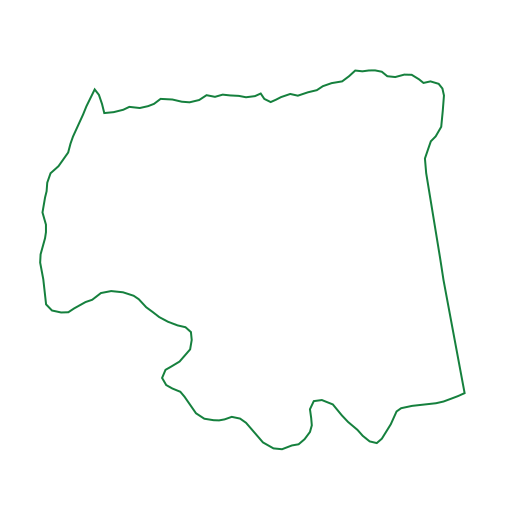 the district of Francisco Alves, Paraná, Brazil, rotated 3°
{"feature_id": "56859067B90869066064775", "entity_name": "Francisco Alves", "entity_type": "district", "adm_level": 2, "iso_a3": "BRA", "parent_name": "Brazil", "parent_adm1": "Paraná", "projection": "albers", "projection_center": [-53.884, -24.099], "detail": "fine", "context": "isolated", "style": "outline", "palette": "green", "viewbox_px": 512, "rotation_deg": 3, "n_neighbors": 0, "source": "geoboundaries", "source_scale": "gbopen_adm2", "svg_char_len": 1829}
<svg xmlns="http://www.w3.org/2000/svg" viewBox="0 0 512 512"><g transform="rotate(3 256 256)"><path d="M471.5,382.0L444.5,270.2L441.8,257.2L439.8,247.7L421.6,164.3L419.6,149.8L422.8,138.5L424.6,132.3L429.2,127.1L434.2,117.3L434.9,101.5L435.3,85.9L433.4,79.0L429.4,74.5L421.1,72.5L414.2,74.4L409.5,71.0L402.0,66.9L394.6,67.1L385.7,70.0L377.7,69.6L372.0,65.4L365.1,64.4L359.1,64.8L352.6,66.0L345.4,65.6L339.5,71.6L332.9,77.1L322.5,79.4L313.9,82.9L308.1,87.2L299.3,89.8L289.4,93.7L281.7,92.4L272.7,96.0L267.7,98.9L262.6,101.5L256.1,98.7L252.2,93.5L246.6,96.4L237.7,98.0L230.5,97.0L221.8,97.0L214.3,96.6L206.7,99.2L198.2,98.0L191.1,103.2L181.6,106.0L173.8,105.8L164.3,104.1L152.5,104.1L146.2,109.4L140.4,112.0L132.2,114.3L121.7,113.7L115.8,116.9L106.3,119.8L97.0,121.2L94.3,112.3L90.7,103.3L86.2,98.1L78.8,115.4L75.9,123.8L67.0,146.3L64.9,153.4L63.0,162.5L54.1,176.6L46.5,184.1L43.7,193.7L43.5,202.3L42.3,208.5L40.5,223.7L44.6,235.7L45.0,243.2L44.4,249.3L40.8,265.6L40.8,273.9L44.8,290.4L48.9,315.3L55.1,321.1L64.3,322.6L71.5,322.0L77.2,317.8L88.2,310.9L94.7,308.3L103.1,301.1L113.2,298.6L125.1,299.2L135.9,302.1L141.2,305.3L149.0,312.9L156.0,317.5L162.6,322.1L171.6,326.3L181.3,329.4L189.3,330.8L195.0,335.4L196.2,343.2L195.1,352.7L185.2,365.4L176.9,371.0L171.6,374.4L168.6,382.7L173.1,389.6L179.4,392.7L187.6,395.6L192.0,400.3L204.3,416.2L212.9,421.2L222.2,422.2L227.7,422.1L233.2,420.8L240.2,417.9L248.6,419.2L254.8,423.1L272.7,441.8L283.5,447.2L292.1,447.6L301.8,443.3L308.4,441.8L314.1,436.4L319.1,428.9L320.6,422.2L319.6,415.0L317.9,406.2L321.3,397.9L329.3,396.4L340.5,400.2L350.1,410.7L356.6,416.9L366.5,424.4L372.0,430.0L379.2,435.2L386.4,436.5L391.2,431.9L399.4,417.0L404.5,403.9L408.9,400.4L419.7,397.5L443.5,393.6L450.9,391.5L459.0,388.0L464.9,385.4L471.5,382.0Z" fill="none" stroke="#15803d" stroke-width="2"/></g></svg>